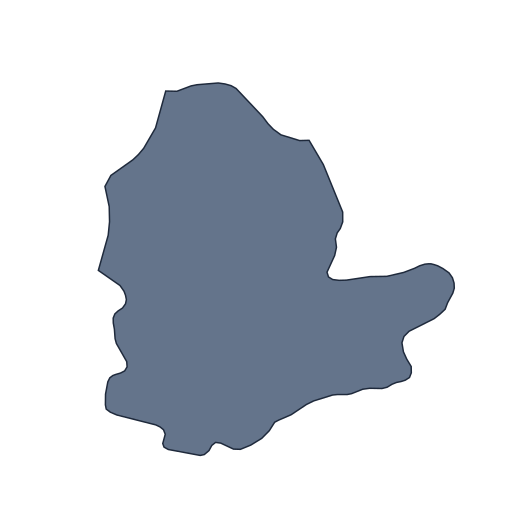 Yamanashi, Robinson projection, rotated 255°
{"feature_id": "JPN-1861", "entity_name": "Yamanashi", "entity_type": "Prefecture", "adm_level": 1, "iso_a3": "JPN", "parent_name": "Japan", "parent_adm1": "", "projection": "robinson", "projection_center": [138.508, 35.557], "detail": "fine", "context": "isolated", "style": "filled", "palette": "slate", "viewbox_px": 512, "rotation_deg": 255, "n_neighbors": 0, "source": "natural_earth", "source_scale": "10m", "svg_char_len": 1652}
<svg xmlns="http://www.w3.org/2000/svg" viewBox="0 0 512 512"><g transform="rotate(255 256 256)"><path d="M146.9,71.7L151.2,72.0L161.5,74.9L172.8,80.3L176.2,83.3L177.6,86.8L177.9,90.0L178.0,94.8L179.0,99.4L182.3,102.8L187.4,103.8L207.6,98.5L212.6,98.5L222.1,100.3L228.2,100.8L233.0,102.0L236.6,104.7L238.6,108.5L240.3,113.6L243.6,117.6L247.4,119.5L251.8,119.8L256.1,119.4L262.7,117.0L282.9,100.0L314.3,118.6L327.0,123.4L341.7,127.0L362.3,128.1L371.4,136.7L380.8,162.0L384.5,168.8L389.1,175.4L405.7,192.1L438.7,211.5L435.6,222.2L437.1,237.4L436.7,243.4L432.9,264.3L430.2,270.6L427.0,276.0L423.0,280.1L388.7,298.6L380.7,301.8L373.8,305.6L366.6,311.4L356.2,328.0L354.0,337.2L326.9,344.7L276.0,351.1L266.5,348.6L260.7,344.5L257.3,340.4L252.0,337.1L243.6,336.0L236.1,332.1L222.0,320.4L217.0,320.6L213.4,324.0L211.0,329.9L209.3,337.0L206.6,360.8L202.5,377.1L201.9,394.4L203.1,406.1L204.2,411.6L204.4,417.0L203.8,420.7L203.1,423.1L201.6,425.8L199.5,429.0L195.5,433.3L189.7,438.1L184.2,440.1L178.6,440.3L173.6,439.2L169.2,436.5L161.3,429.0L155.6,424.9L152.3,418.7L149.4,411.9L143.7,384.4L140.0,378.1L134.4,374.5L125.3,373.6L117.4,374.9L109.1,377.3L103.0,375.8L98.9,372.8L97.4,368.0L97.2,363.6L97.5,359.0L96.9,354.1L95.3,348.7L95.4,343.4L98.8,331.6L99.7,324.6L98.3,312.7L98.6,308.1L101.1,298.9L101.9,294.0L101.1,274.2L99.5,266.2L93.6,248.9L91.6,235.4L90.6,231.0L83.8,223.6L78.4,214.4L74.7,202.0L73.3,190.9L75.3,184.3L84.4,173.5L86.4,168.7L84.5,164.3L80.2,160.2L77.6,154.7L77.8,150.5L91.8,121.2L95.2,117.7L99.0,117.4L107.3,122.2L112.1,121.7L115.7,119.1L118.8,115.5L138.4,80.5L142.8,74.9L146.9,71.7Z" fill="#64748b" stroke="#1e293b" stroke-width="1.5"/></g></svg>